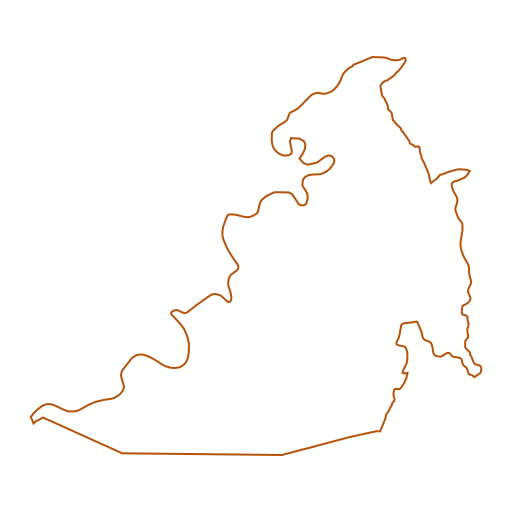 the district of Nichula, Geylegphug, Bhutan
{"feature_id": "84629894B33123696098059", "entity_name": "Nichula", "entity_type": "district", "adm_level": 2, "iso_a3": "BTN", "parent_name": "Bhutan", "parent_adm1": "Geylegphug", "projection": "natural_earth1", "projection_center": [89.979, 26.796], "detail": "fine", "context": "isolated", "style": "outline", "palette": "amber", "viewbox_px": 512, "rotation_deg": 0, "n_neighbors": 0, "source": "geoboundaries", "source_scale": "gbopen_adm2", "svg_char_len": 6055}
<svg xmlns="http://www.w3.org/2000/svg" viewBox="0 0 512 512"><path d="M372.4,57.0L362.4,61.2L353.3,64.8L352.7,66.1L350.1,67.4L347.5,69.3L345.1,71.6L343.1,74.2L342.1,76.2L340.5,80.4L338.9,83.4L337.1,86.2L334.1,89.4L331.6,91.4L327.6,93.1L324.5,93.8L322.5,93.7L318.3,92.9L316.2,93.0L313.1,94.0L311.3,95.1L308.9,97.4L300.5,106.0L298.2,108.2L295.4,110.0L290.7,112.4L289.8,113.1L289.3,114.0L287.3,119.4L286.8,120.3L284.2,122.3L279.6,125.0L277.8,126.3L273.0,130.8L272.4,131.7L271.9,133.8L271.7,139.6L272.0,143.0L272.8,146.3L273.8,148.3L275.8,151.0L278.2,153.1L280.1,154.2L283.1,155.4L285.2,155.6L288.3,155.3L290.4,154.4L291.2,153.6L291.7,152.8L291.8,151.7L291.3,148.2L290.1,142.6L290.0,141.5L290.9,138.2L299.0,138.5L303.7,141.0L305.3,144.2L305.0,148.6L303.0,153.2L299.4,158.6L301.7,161.1L304.0,163.3L307.7,164.7L317.0,162.6L324.9,156.8L328.9,155.4L331.6,156.1L334.2,159.0L334.2,162.2L332.6,165.1L329.6,169.0L325.9,171.9L325.0,172.1L323.1,173.3L320.1,174.2L312.1,174.6L308.9,175.0L305.2,176.9L303.7,178.6L303.1,179.6L302.8,180.6L302.4,185.2L302.7,186.2L305.8,190.8L306.9,192.8L307.5,195.0L307.7,198.4L307.2,200.6L306.1,203.8L305.3,204.5L304.4,205.0L303.4,205.3L301.3,205.3L299.3,204.5L298.5,203.9L294.3,197.3L292.3,194.7L291.6,193.9L288.7,192.4L277.2,192.2L274.0,192.4L266.4,196.1L263.0,198.8L261.4,200.4L260.8,201.3L259.9,203.3L259.3,205.5L258.7,208.9L257.7,212.1L257.1,213.0L256.3,213.7L253.6,215.5L249.6,217.0L247.5,217.2L244.4,216.9L235.2,214.6L229.9,214.4L227.9,214.9L226.3,217.9L223.3,226.4L222.5,230.9L222.4,234.3L222.6,236.5L223.2,238.7L224.4,241.9L226.5,246.9L228.9,251.3L231.8,256.1L235.5,261.6L237.5,264.2L238.0,265.2L238.4,267.4L238.2,268.5L237.2,270.1L232.0,273.9L230.4,275.4L229.3,277.4L228.6,279.5L228.2,282.9L228.3,285.2L228.5,286.3L230.3,291.7L231.1,295.0L231.3,298.4L231.2,299.5L230.9,300.6L230.2,301.5L229.3,302.1L228.3,302.1L226.5,300.8L221.8,296.3L220.9,295.7L218.0,294.6L214.9,294.0L213.8,294.1L211.8,294.6L210.8,295.1L208.1,296.8L196.7,305.0L187.3,312.3L185.4,313.1L184.3,313.1L181.3,312.0L178.5,310.5L177.5,310.2L176.5,310.1L175.4,310.2L173.4,310.8L172.4,311.4L171.1,312.8L171.2,313.8L171.7,314.7L179.3,322.7L181.4,325.3L183.4,327.9L184.5,329.9L185.4,331.9L187.1,336.1L187.7,338.3L188.5,341.6L188.9,343.8L188.9,347.2L188.7,352.9L188.2,356.3L187.7,358.5L186.3,361.6L185.1,363.4L183.5,364.9L181.7,366.1L179.8,367.1L178.8,367.5L174.6,368.0L170.5,367.7L165.4,366.2L162.6,364.7L152.5,358.4L149.7,357.0L146.7,355.8L143.7,354.8L141.6,354.5L138.5,354.7L136.4,355.3L133.6,356.8L131.9,358.1L123.0,369.4L121.8,371.3L121.2,373.5L121.1,375.7L121.8,379.1L123.8,385.6L124.0,386.7L123.9,387.8L123.1,390.0L121.3,392.7L119.8,394.3L117.2,396.3L114.4,397.8L111.4,398.8L104.1,399.8L97.9,401.3L93.9,402.5L89.0,404.6L79.7,409.8L76.7,411.0L74.6,411.4L70.4,411.5L68.3,411.3L67.3,411.1L62.4,409.1L54.7,405.4L51.7,404.4L48.6,404.0L46.5,404.3L44.4,404.8L41.6,406.3L35.7,411.1L34.9,411.9L30.7,417.0L32.3,420.3L33.6,423.5L35.7,421.4L38.4,420.2L42.9,417.5L122.2,453.3L282.0,455.0L351.0,436.7L376.7,431.2L380.1,431.4L385.5,418.3L385.9,415.7L386.6,413.7L388.9,410.8L390.5,407.1L391.5,405.9L391.9,404.3L392.5,402.8L394.4,400.6L394.6,398.9L393.9,397.1L393.6,395.6L393.5,393.6L393.8,391.3L394.5,389.4L395.5,388.9L399.1,389.1L400.1,388.7L400.9,388.0L404.6,382.2L404.8,381.2L405.4,379.9L406.4,378.6L406.8,375.8L407.5,372.9L403.5,373.5L402.6,372.8L402.9,371.0L406.7,363.1L407.0,362.0L407.3,358.6L407.4,355.2L407.3,352.9L406.9,350.7L406.1,348.6L405.5,347.6L404.8,346.8L402.8,346.1L399.7,345.6L397.6,345.0L396.7,344.3L396.4,343.3L396.6,342.1L398.1,339.1L399.0,337.1L399.9,332.6L401.1,325.9L401.5,324.8L402.2,324.1L403.2,323.6L405.3,323.1L410.5,322.6L415.7,321.7L416.8,321.7L417.5,322.5L421.1,330.7L422.7,337.3L423.2,338.3L423.8,339.2L424.7,339.9L429.6,341.8L430.5,342.4L431.6,344.3L432.3,346.5L433.4,353.2L433.8,354.2L435.4,355.7L437.4,356.3L440.6,356.7L443.4,355.2L447.1,353.0L449.2,352.9L450.7,354.4L452.1,356.1L452.9,356.7L458.1,357.5L460.1,358.1L461.1,358.6L461.9,360.7L462.7,364.0L463.2,365.0L466.5,367.8L467.4,369.8L468.0,372.0L468.8,374.1L469.7,374.5L471.8,375.1L474.4,377.0L479.8,373.5L480.5,372.6L480.9,371.6L481.2,370.5L481.3,368.2L481.0,367.1L480.5,366.2L478.6,365.1L475.7,364.4L474.6,363.6L473.7,362.5L471.2,356.2L470.2,354.8L470.0,352.9L469.5,352.0L466.0,348.4L465.1,346.9L465.2,342.5L465.4,340.6L466.6,339.3L467.8,337.5L468.3,336.1L467.8,334.0L467.2,329.9L467.3,329.1L468.3,326.4L468.5,325.2L468.4,323.4L467.6,320.2L467.6,317.4L466.8,316.0L466.0,315.5L463.0,314.6L462.1,314.0L461.7,313.0L461.8,310.7L462.2,307.3L462.6,306.3L463.3,305.4L466.2,304.0L468.0,302.8L469.5,301.2L470.0,300.2L470.4,299.1L470.4,298.0L470.1,296.9L468.3,292.8L468.1,291.7L468.1,290.5L468.6,288.4L470.6,284.3L471.0,283.3L471.2,282.2L471.1,281.0L469.3,274.5L468.9,267.7L468.5,265.5L467.6,263.4L465.3,259.6L463.3,255.6L461.7,251.4L460.9,248.1L460.6,245.8L460.5,242.4L462.5,230.1L462.4,224.4L462.1,223.3L461.6,222.4L458.9,218.9L457.8,216.9L455.5,210.6L455.3,208.3L456.7,204.0L457.2,201.8L457.4,200.7L457.2,198.4L456.4,196.3L454.1,192.5L453.2,190.5L452.0,187.3L451.7,185.0L451.8,183.9L452.3,182.9L453.1,182.1L454.0,181.6L457.1,180.8L461.0,179.2L463.9,177.8L465.7,176.6L467.2,175.1L469.7,171.0L467.5,170.1L466.5,169.8L458.7,169.2L450.7,171.2L446.1,172.7L444.4,173.7L440.0,174.9L437.4,178.0L435.8,179.5L432.0,182.2L431.4,183.1L430.3,181.8L430.0,180.7L428.9,174.7L428.3,172.9L424.2,163.1L421.7,158.4L421.1,154.8L420.4,153.6L419.9,151.7L419.9,150.1L419.3,147.0L418.2,146.3L416.0,146.8L415.0,146.7L413.0,145.1L409.9,143.4L409.3,141.2L406.9,137.5L404.3,134.1L403.8,133.0L402.8,132.2L401.3,129.9L400.5,127.9L397.3,125.0L395.2,122.8L394.3,121.4L392.8,120.0L392.6,118.0L391.7,113.3L391.0,112.1L389.7,110.7L388.0,109.3L387.9,106.8L386.8,103.3L385.6,101.3L385.3,100.4L384.3,98.2L382.4,96.1L381.9,94.7L380.4,86.5L380.7,85.2L382.9,82.4L384.8,81.1L387.6,80.1L393.4,76.1L394.9,74.6L395.8,73.2L398.9,70.4L400.3,68.7L400.8,68.0L404.2,63.4L405.9,60.1L405.0,58.0L403.3,57.9L400.8,59.4L398.3,60.1L396.4,60.4L395.2,60.1L391.8,60.0L386.0,57.8L384.4,57.5L372.4,57.0Z" fill="none" stroke="#b45309" stroke-width="2"/></svg>